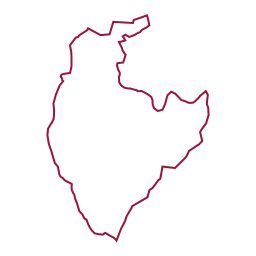 Riyom, Plateau, Nigeria (Robinson projection)
{"feature_id": "59680162B48237076936000", "entity_name": "Riyom", "entity_type": "district", "adm_level": 2, "iso_a3": "NGA", "parent_name": "Nigeria", "parent_adm1": "Plateau", "projection": "robinson", "projection_center": [8.695, 9.582], "detail": "fine", "context": "isolated", "style": "outline", "palette": "rose", "viewbox_px": 256, "rotation_deg": 0, "n_neighbors": 0, "source": "geoboundaries", "source_scale": "gbopen_adm2", "svg_char_len": 2053}
<svg xmlns="http://www.w3.org/2000/svg" viewBox="0 0 256 256"><path d="M59.4,174.6L60.6,176.7L62.7,178.0L64.6,180.2L68.3,182.2L71.2,183.6L71.8,184.1L71.6,187.5L71.7,189.6L73.1,193.0L74.3,194.6L74.6,196.1L74.7,196.9L74.9,198.2L75.3,199.1L77.1,203.6L79.3,211.1L80.3,212.2L82.3,214.2L83.9,217.5L84.4,218.5L86.4,219.5L88.5,224.9L88.8,225.4L89.5,227.0L91.6,230.2L94.5,233.2L94.6,233.3L97.7,234.0L98.5,234.2L101.6,234.5L102.8,234.7L105.1,232.8L110.1,235.8L112.0,236.8L114.0,237.8L116.0,239.9L116.5,240.6L120.9,229.1L125.1,221.0L126.6,216.2L131.5,208.1L132.1,206.2L147.4,197.3L149.5,189.9L152.6,188.0L158.3,180.2L160.3,178.8L162.5,166.6L175.0,168.0L183.6,159.5L186.4,156.5L189.0,151.0L196.8,145.7L199.0,144.4L202.2,141.0L200.1,132.0L201.8,129.1L206.1,123.4L208.3,116.0L208.6,115.6L208.2,107.7L206.9,104.1L206.8,103.6L207.8,94.7L205.8,91.1L203.1,93.4L200.3,95.7L198.5,98.0L194.8,101.5L192.9,102.7L189.1,102.9L184.2,100.9L181.3,100.0L178.3,96.8L177.3,95.8L175.3,93.7L171.3,91.7L167.6,95.2L166.8,97.4L166.0,100.7L165.1,104.1L162.5,109.7L157.7,111.0L153.8,107.9L152.6,103.6L152.5,100.3L151.4,97.1L149.4,95.5L147.5,94.1L144.1,92.3L141.6,91.0L137.7,91.2L136.7,90.2L132.9,89.3L130.0,88.4L128.0,88.5L124.2,87.6L121.2,85.5L119.2,82.3L119.1,80.2L118.9,76.9L119.8,74.7L119.7,72.5L118.3,70.0L117.0,65.6L117.4,63.2L123.2,62.5L125.7,54.7L124.7,53.6L122.7,50.5L121.6,47.3L120.5,45.1L119.0,41.9L120.4,41.8L125.1,40.5L125.3,40.4L122.7,36.4L125.4,34.7L129.2,36.9L132.6,35.8L135.4,34.5L137.3,33.3L140.1,32.1L142.0,29.8L146.7,27.4L149.4,25.2L147.1,15.4L133.7,20.0L132.9,23.0L113.3,21.9L109.6,34.3L100.6,35.1L88.0,28.4L87.3,30.1L80.2,34.7L79.5,35.2L78.9,35.6L78.2,37.0L75.8,37.6L70.0,45.2L71.3,52.3L71.5,57.5L71.5,66.3L70.9,69.1L70.0,73.0L66.7,73.4L63.5,74.0L61.4,74.7L60.6,76.4L62.2,78.6L62.2,80.2L63.2,81.1L59.5,85.7L57.7,90.2L55.8,94.9L53.4,103.8L54.1,109.7L54.0,115.7L53.5,119.5L51.7,122.9L50.8,124.0L48.5,128.0L48.1,128.5L47.4,135.1L47.8,137.6L48.8,143.8L51.4,151.2L53.5,158.6L54.8,163.0L57.7,166.4L58.3,168.8L59.4,174.6Z" fill="none" stroke="#9f1239" stroke-width="2"/></svg>